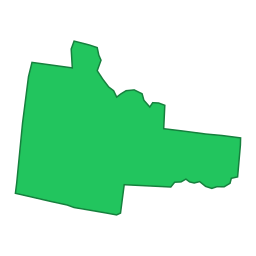 outline of Morro Reuter, Rio Grande do Sul, Brazil
{"feature_id": "56859067B6764264702080", "entity_name": "Morro Reuter", "entity_type": "district", "adm_level": 2, "iso_a3": "BRA", "parent_name": "Brazil", "parent_adm1": "Rio Grande do Sul", "projection": "natural_earth1", "projection_center": [-51.038, -29.513], "detail": "fine", "context": "isolated", "style": "filled", "palette": "green", "viewbox_px": 256, "rotation_deg": 0, "n_neighbors": 0, "source": "geoboundaries", "source_scale": "gbopen_adm2", "svg_char_len": 778}
<svg xmlns="http://www.w3.org/2000/svg" viewBox="0 0 256 256"><path d="M116.6,214.9L120.5,213.1L124.2,184.7L170.8,187.0L174.7,182.2L181.0,181.9L185.9,179.1L189.6,181.9L194.2,183.0L199.7,181.6L205.6,186.4L211.8,188.4L216.9,186.7L224.1,186.8L230.0,183.3L231.3,178.3L237.6,176.9L240.4,145.1L240.6,137.9L222.0,135.5L205.6,134.0L182.7,131.0L163.7,128.7L164.8,105.3L158.6,103.0L152.7,102.7L149.8,107.0L143.9,100.3L142.1,93.8L134.2,89.9L126.1,90.7L121.0,93.8L116.7,97.1L113.6,90.7L108.7,87.0L102.9,79.4L97.2,70.7L101.0,60.2L98.8,55.2L97.2,47.6L89.7,45.1L74.1,41.1L71.2,49.0L72.3,67.9L51.9,65.1L32.0,62.4L28.5,76.6L27.6,83.6L23.7,114.1L22.6,122.6L16.7,183.0L15.4,193.3L51.5,201.6L67.2,205.0L74.0,207.5L106.8,213.1L116.6,214.9Z" fill="#22c55e" stroke="#15803d" stroke-width="1.5"/></svg>